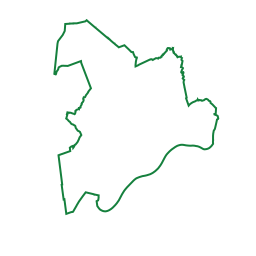 Zwolle, Overijssel, Netherlands (Equal Earth projection), rotated 282°
{"feature_id": "6326949B35922882821703", "entity_name": "Zwolle", "entity_type": "district", "adm_level": 2, "iso_a3": "NLD", "parent_name": "Netherlands", "parent_adm1": "Overijssel", "projection": "equal_earth", "projection_center": [6.14, 52.514], "detail": "fine", "context": "isolated", "style": "outline", "palette": "green", "viewbox_px": 256, "rotation_deg": 282, "n_neighbors": 0, "source": "geoboundaries", "source_scale": "gbopen_adm2", "svg_char_len": 5596}
<svg xmlns="http://www.w3.org/2000/svg" viewBox="0 0 256 256"><g transform="rotate(282 128 128)"><path d="M216.7,45.0L210.1,45.9L209.6,45.9L205.4,44.8L198.6,41.6L198.1,41.5L195.9,41.5L165.7,44.7L165.7,44.9L165.5,45.1L165.6,45.6L165.7,45.8L165.5,46.2L165.7,46.3L166.2,46.4L166.5,46.3L167.0,46.4L168.3,46.4L169.7,47.1L170.9,47.5L172.7,47.6L173.1,47.8L173.8,48.6L174.5,49.6L174.9,49.9L175.1,50.3L175.5,52.1L176.2,56.2L183.7,68.1L182.0,68.7L181.7,68.9L159.1,83.5L155.7,81.8L154.8,81.5L154.5,81.6L151.2,80.0L149.6,79.7L149.2,79.5L149.1,79.2L148.8,78.7L148.7,78.5L148.0,78.3L148.1,78.2L147.4,78.1L147.2,78.1L146.9,78.2L146.3,78.8L145.5,78.8L144.4,78.6L143.7,78.2L143.2,77.8L142.8,77.7L142.6,77.8L142.4,77.8L142.1,77.5L141.9,77.5L142.1,77.6L141.8,77.6L141.5,77.8L141.3,77.8L139.0,77.0L138.2,77.3L137.5,76.4L137.4,76.0L137.2,76.1L137.1,75.9L136.7,76.0L136.8,75.8L136.4,75.7L136.0,75.4L135.7,75.0L135.3,74.2L134.9,73.7L133.9,73.3L133.7,73.3L133.5,73.0L133.0,73.3L132.6,73.3L131.5,73.3L130.5,73.0L130.4,72.9L130.6,72.2L130.7,70.8L131.0,68.8L130.8,67.0L130.6,67.0L130.6,66.7L130.7,65.5L128.8,65.4L128.8,65.9L125.4,65.7L124.4,65.6L124.0,66.4L123.8,66.9L122.3,68.9L122.0,69.8L120.4,71.5L120.0,72.7L120.0,73.5L119.8,74.2L119.5,74.7L119.3,75.6L119.1,75.8L118.9,76.1L118.5,76.3L117.5,76.7L117.1,77.0L115.1,79.2L114.8,79.7L114.6,80.9L114.4,81.3L114.2,81.8L111.4,83.8L110.1,83.2L109.9,83.2L109.6,83.0L108.8,82.6L106.7,82.3L103.6,81.5L100.9,80.1L100.6,79.6L99.9,79.4L98.3,79.0L97.2,78.5L99.0,77.8L98.1,76.4L96.6,75.2L93.4,76.3L90.4,71.4L90.2,71.0L90.0,70.8L88.0,67.4L87.8,67.2L87.7,66.9L86.9,65.7L59.0,75.4L58.7,74.9L44.7,79.9L45.1,80.6L31.2,85.5L33.7,89.6L34.0,90.2L34.2,90.6L34.2,90.8L34.3,91.1L34.7,91.7L35.1,91.8L41.5,93.9L41.4,93.8L46.1,95.4L46.3,95.5L51.8,97.9L56.3,100.0L56.1,108.3L55.8,108.8L56.0,109.0L56.0,113.3L55.1,113.4L54.4,113.6L54.2,113.7L53.5,113.7L52.9,113.8L52.2,113.9L51.6,113.8L51.0,113.8L49.9,112.5L45.3,114.2L43.8,115.8L43.0,116.8L42.3,117.9L41.7,120.1L41.6,120.9L41.6,121.9L41.7,122.7L41.9,123.6L42.1,124.1L42.7,125.3L43.8,126.8L45.4,128.4L46.9,129.6L49.7,131.4L50.8,132.0L52.1,132.7L55.4,134.1L62.1,136.0L65.7,137.3L67.4,138.1L69.8,139.4L77.5,144.2L78.9,145.2L80.4,146.5L81.0,147.3L82.4,149.4L83.9,152.1L84.9,154.6L85.7,156.3L86.5,157.7L87.4,159.3L88.6,160.8L89.5,161.8L91.5,163.6L92.9,164.6L94.8,165.9L96.1,166.5L98.0,167.4L100.8,168.4L106.2,169.9L108.1,170.5L109.9,171.2L111.2,171.9L113.8,173.5L115.8,175.0L116.5,175.6L119.3,178.2L120.8,179.9L121.4,180.9L121.8,181.6L122.5,183.1L122.8,184.2L123.0,185.5L123.1,188.4L123.3,190.4L123.6,192.5L124.2,194.8L124.4,195.9L124.5,196.9L124.5,198.3L124.6,199.8L124.4,201.5L124.0,203.1L123.2,205.6L123.1,206.0L123.0,207.0L123.4,208.4L123.9,209.6L124.5,210.6L125.3,211.6L125.9,212.1L127.0,212.9L128.0,213.5L130.2,214.5L132.0,214.0L133.2,213.8L133.9,213.8L134.0,213.7L134.3,213.6L138.1,212.8L140.5,212.5L141.9,212.5L142.8,212.4L143.3,212.5L144.9,213.1L146.0,213.2L151.1,213.3L154.8,213.3L155.4,214.1L156.0,214.3L157.2,213.8L158.1,213.4L158.3,213.3L158.6,212.9L158.6,212.7L158.9,211.8L159.0,211.2L159.0,210.9L159.1,210.6L159.2,209.8L159.6,209.6L160.3,210.8L165.8,210.0L166.2,209.0L166.6,208.6L167.4,207.4L168.6,205.7L169.7,203.5L169.9,203.4L170.8,203.2L171.0,203.0L171.3,202.7L171.4,201.6L171.5,201.3L172.0,200.8L172.3,200.4L172.7,199.1L172.8,198.7L172.6,198.1L171.9,197.2L171.3,196.8L171.0,196.5L170.0,194.7L170.1,194.4L170.4,193.7L170.2,193.2L170.3,192.5L170.1,192.2L169.6,191.4L169.5,191.0L169.7,190.9L170.2,190.9L170.2,190.4L170.3,190.3L170.0,190.3L169.7,190.0L169.5,189.7L169.2,189.3L168.1,188.2L166.7,186.1L165.6,184.9L164.7,184.1L164.0,183.5L162.5,182.7L169.2,178.6L169.8,179.1L179.4,174.9L179.7,174.7L179.9,174.7L184.1,172.9L185.9,172.7L186.7,173.0L187.8,171.2L189.9,171.6L190.0,171.6L189.9,171.9L190.1,171.9L191.1,170.3L191.7,170.3L191.8,170.5L192.4,170.7L193.8,170.7L194.1,170.5L193.2,168.9L193.7,168.4L196.5,168.8L196.7,169.0L197.3,169.1L198.0,169.3L198.1,169.2L198.6,168.3L198.7,168.1L198.8,167.5L198.7,167.2L199.3,167.2L200.7,167.2L200.7,167.3L200.8,167.5L204.2,167.4L204.9,167.4L205.1,167.0L205.8,166.1L207.4,166.1L207.7,166.2L208.4,164.8L208.8,164.8L208.7,164.6L208.1,162.5L207.5,161.7L208.5,160.8L208.8,160.8L209.1,160.3L209.4,160.0L209.7,159.6L209.5,159.4L210.6,157.8L210.8,157.6L211.7,157.1L211.4,156.8L211.9,156.5L212.6,156.2L213.3,155.9L214.0,155.6L215.0,155.5L214.9,155.4L215.6,155.3L215.6,155.2L214.9,155.4L213.5,153.1L214.6,152.7L214.8,152.2L214.7,151.9L214.4,151.6L214.6,151.0L214.6,150.8L214.6,150.6L214.4,150.2L214.2,150.1L212.8,149.6L211.8,150.0L211.5,149.8L210.9,149.3L210.5,149.1L210.1,148.9L209.9,148.9L209.6,148.6L209.3,148.5L209.1,148.4L208.9,148.2L208.4,147.8L207.7,147.7L207.4,147.1L207.3,146.9L206.7,147.1L206.4,147.0L206.3,146.8L206.4,146.5L206.3,146.4L206.2,146.3L205.2,145.8L204.8,146.1L204.7,146.1L204.3,145.5L203.9,145.4L203.6,145.2L203.2,144.2L203.3,143.8L203.2,143.5L202.4,142.9L202.2,142.9L202.3,141.8L202.0,140.6L201.3,139.9L200.2,138.6L199.7,138.1L200.0,137.6L200.1,137.3L200.2,136.9L200.1,136.5L199.8,136.2L199.9,135.9L199.8,135.6L192.3,125.7L191.4,124.8L189.8,122.6L190.9,122.3L194.7,121.9L197.8,121.9L198.3,122.1L198.8,122.0L198.8,121.8L198.4,121.8L198.6,121.0L198.9,120.1L201.7,118.0L203.3,117.1L203.2,116.7L203.0,115.6L203.2,115.2L203.3,115.2L203.8,114.3L204.8,112.8L208.2,107.3L205.0,102.2L205.6,101.2L207.3,97.8L207.9,97.3L207.9,97.2L207.9,96.7L210.2,92.5L210.4,92.4L211.4,90.7L211.1,90.8L211.5,89.9L219.4,75.1L219.5,75.1L219.5,74.9L220.4,73.2L224.8,65.1L223.5,64.2L219.9,56.5L219.8,56.3L219.0,52.8L218.8,52.8L218.1,49.3L217.9,49.3L216.7,45.0Z" fill="none" stroke="#15803d" stroke-width="2"/></g></svg>